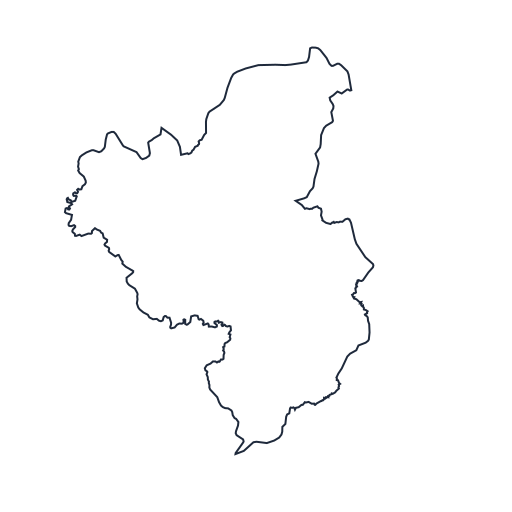 outline of Mae Lao, Chiang Rai, Thailand, rotated 66°
{"feature_id": "78962969B15222639850860", "entity_name": "Mae Lao", "entity_type": "district", "adm_level": 2, "iso_a3": "THA", "parent_name": "Thailand", "parent_adm1": "Chiang Rai", "projection": "albers", "projection_center": [99.739, 19.779], "detail": "fine", "context": "isolated", "style": "outline", "palette": "slate", "viewbox_px": 512, "rotation_deg": 66, "n_neighbors": 0, "source": "geoboundaries", "source_scale": "gbopen_adm2", "svg_char_len": 6127}
<svg xmlns="http://www.w3.org/2000/svg" viewBox="0 0 512 512"><g transform="rotate(66 256 256)"><path d="M428.6,355.3L429.1,346.4L425.1,334.1L425.9,331.1L431.3,322.2L432.0,314.4L431.3,308.7L429.5,305.4L427.2,303.5L422.8,301.4L421.4,297.5L415.1,293.8L413.4,292.0L413.3,289.6L409.1,286.9L408.5,286.0L409.4,284.7L409.5,283.4L410.5,282.8L412.2,282.9L410.9,281.3L411.5,278.5L410.5,275.0L411.0,273.8L409.4,270.8L410.1,270.2L410.7,267.3L413.6,265.2L414.5,262.9L415.8,262.9L416.1,262.4L415.4,260.8L414.9,255.7L415.2,255.1L414.7,254.0L415.1,253.3L414.5,252.1L413.4,251.6L414.3,250.8L413.5,250.0L414.1,249.6L413.7,249.0L414.1,248.3L413.5,247.6L414.2,247.2L413.4,246.8L413.6,245.9L412.8,245.3L413.0,242.9L412.4,242.6L413.1,241.7L412.8,239.2L411.8,237.4L410.8,234.2L409.5,234.1L408.6,233.0L407.2,232.8L407.0,231.2L405.7,231.8L402.9,231.6L402.2,232.7L400.5,231.8L399.8,232.0L396.9,228.6L393.6,223.4L385.0,213.5L383.5,209.8L382.9,202.7L379.4,198.8L379.8,191.1L379.1,188.2L378.2,186.9L372.1,183.4L364.3,180.3L360.8,180.0L357.5,178.9L356.1,179.2L354.5,180.3L353.7,180.3L353.5,177.8L352.7,177.6L351.9,176.5L350.1,177.6L348.7,179.2L347.1,178.5L346.2,178.8L344.9,178.4L345.1,179.4L343.9,179.9L342.7,179.1L342.1,179.9L342.0,179.1L341.4,179.4L340.8,178.6L340.4,180.1L336.3,181.9L334.7,183.8L333.9,183.8L333.5,183.0L332.6,184.0L330.5,184.0L330.5,182.8L329.7,181.7L330.2,180.5L330.0,179.5L325.9,178.4L325.5,177.1L324.5,176.8L324.7,176.1L322.5,176.1L322.3,174.9L321.4,174.9L321.0,173.5L320.2,173.7L319.6,173.1L319.8,171.9L320.8,171.3L321.8,169.7L321.6,168.1L316.7,160.0L313.9,153.8L312.4,152.6L311.0,152.4L301.5,156.6L285.7,159.3L280.8,158.9L264.3,155.7L260.5,155.8L260.3,156.4L259.2,156.9L258.8,159.4L259.9,163.1L258.8,165.3L258.9,166.8L257.8,168.5L257.6,170.9L256.5,171.1L256.8,172.2L256.4,172.6L257.1,174.9L254.2,178.5L250.4,180.9L249.8,180.4L245.3,180.1L242.2,178.0L239.2,177.4L237.4,179.3L235.6,179.7L235.2,183.9L235.7,185.7L235.1,186.6L235.0,187.9L232.9,190.5L232.8,192.1L228.1,193.4L221.7,197.3L222.9,188.6L222.9,185.7L218.7,180.3L217.2,176.7L216.0,175.3L209.4,171.2L203.4,166.0L197.1,161.3L195.1,160.7L186.8,160.1L182.9,153.3L180.1,151.4L172.0,147.3L166.8,141.9L165.5,138.9L164.7,131.9L163.8,130.7L155.2,128.7L152.6,125.4L150.5,124.2L148.4,124.1L144.1,124.9L141.3,124.3L140.6,120.0L138.9,114.7L142.4,111.6L141.0,105.1L141.3,104.2L143.1,102.9L143.3,101.5L127.9,97.6L124.5,97.4L116.4,100.6L114.1,102.0L113.4,103.5L113.6,108.2L113.2,109.4L112.7,109.8L110.3,110.7L103.8,111.0L94.0,113.5L91.5,114.8L89.9,116.8L88.3,120.1L88.3,122.1L95.8,126.6L98.6,129.1L99.5,131.1L95.3,146.4L93.5,151.6L89.2,160.4L82.6,176.2L80.5,189.1L80.0,198.2L80.4,201.6L80.8,203.0L83.2,206.2L90.7,213.6L98.8,220.2L100.4,221.9L103.2,227.6L105.2,239.7L106.1,241.4L110.7,245.7L113.0,247.1L123.3,251.6L124.3,254.1L127.7,258.4L127.4,260.3L128.0,261.8L129.9,262.1L130.7,262.7L131.0,263.9L131.6,264.4L131.5,267.2L133.5,269.9L133.8,271.4L135.2,272.9L135.5,274.3L135.4,276.3L134.3,276.8L133.1,283.3L125.3,281.1L118.4,281.0L110.6,284.3L100.5,290.2L106.1,293.8L106.9,301.5L107.7,304.1L108.0,307.4L108.6,308.4L118.9,311.1L120.9,312.7L121.7,316.6L121.4,320.3L119.6,321.5L112.5,322.9L102.1,332.2L101.1,332.6L87.3,334.5L84.8,335.5L83.9,337.5L83.8,341.4L84.3,342.6L88.5,345.9L94.8,349.7L95.9,351.0L97.4,354.7L97.3,357.2L93.2,361.5L92.6,363.0L92.4,368.8L93.2,374.1L94.0,376.6L97.5,380.0L99.3,380.4L102.0,382.2L104.6,382.5L105.6,383.7L108.5,383.4L113.4,381.0L118.0,381.0L119.7,381.6L120.9,383.1L121.6,386.1L124.0,388.4L123.5,390.2L122.3,391.1L122.8,392.5L125.0,392.5L125.9,393.8L125.6,394.9L124.2,395.5L124.5,397.5L125.7,398.2L126.9,398.1L128.0,395.7L128.6,395.5L132.0,398.7L131.6,402.3L129.7,402.6L128.2,404.1L126.4,404.2L126.5,405.1L127.2,405.9L130.0,406.4L132.5,403.3L134.0,403.0L134.6,406.7L135.3,407.0L136.9,406.6L137.6,407.6L137.1,408.6L135.3,409.1L135.2,410.6L138.2,412.7L139.6,412.1L143.6,407.4L147.7,410.2L149.8,413.7L151.3,414.6L152.2,414.6L153.0,413.8L153.6,412.5L153.8,409.7L155.1,409.0L156.0,409.4L157.3,412.5L158.5,413.7L159.6,413.8L162.0,412.5L163.9,413.1L164.5,412.2L164.8,408.4L166.8,407.3L167.3,400.1L168.6,397.6L168.3,396.6L166.5,395.7L165.1,391.8L167.1,390.6L169.6,388.2L171.6,388.0L173.0,386.9L177.3,387.7L180.6,385.4L182.5,386.4L183.2,388.8L184.0,389.8L185.1,389.7L188.7,387.1L190.0,387.3L191.3,388.5L192.6,388.5L199.2,384.7L198.9,382.0L199.2,381.0L204.8,380.7L206.9,380.1L208.6,381.2L212.9,379.3L219.8,374.3L220.8,374.8L221.4,376.1L223.2,383.1L226.7,384.5L229.1,384.3L231.1,383.6L236.6,379.9L241.3,379.5L242.7,379.7L244.6,381.0L247.4,381.9L250.8,384.1L255.2,384.5L257.4,384.0L261.8,381.8L265.7,378.7L268.7,378.4L271.9,375.8L273.1,372.2L275.7,370.9L276.9,369.4L276.9,367.4L274.2,365.2L273.8,363.6L274.2,362.8L276.3,362.0L277.2,360.1L282.5,360.7L284.2,361.6L286.0,363.3L286.8,363.4L287.6,362.9L288.2,359.4L286.6,356.1L286.5,353.5L287.7,351.2L287.6,349.8L287.0,349.0L284.7,348.2L284.6,347.4L285.5,346.6L289.2,348.3L290.6,347.3L290.7,346.4L289.6,342.9L284.8,339.8L285.3,336.2L286.9,333.7L290.5,334.1L291.1,333.6L291.1,331.9L293.7,330.5L295.5,330.9L296.4,332.2L297.7,332.1L298.0,327.5L299.2,327.1L301.3,327.8L302.5,325.0L304.5,322.5L304.5,320.5L303.2,319.8L300.3,321.2L299.4,320.8L299.2,319.8L299.9,318.6L299.7,316.9L300.2,316.7L301.8,317.1L302.1,315.0L303.1,313.8L304.1,314.1L304.8,315.5L306.3,315.3L306.5,314.7L305.9,312.8L306.5,312.3L307.8,312.0L308.8,310.8L309.0,308.9L310.0,307.9L313.7,309.1L314.9,311.4L316.0,312.6L317.3,311.3L319.5,313.1L320.8,312.9L322.0,313.7L323.1,317.5L323.0,319.5L323.6,320.5L325.9,321.7L325.9,323.1L327.9,323.3L329.0,324.5L330.1,324.0L331.7,324.3L333.2,325.8L336.7,327.5L337.0,328.7L336.3,330.1L337.7,332.2L337.7,332.8L337.0,333.3L337.4,335.0L335.9,335.9L334.8,338.2L335.8,341.3L335.8,345.5L337.7,348.4L339.9,348.7L341.4,347.7L342.2,347.6L344.0,349.3L347.0,349.3L349.3,350.2L351.7,350.1L352.8,350.8L354.9,351.0L357.2,352.1L359.3,352.2L369.2,348.8L374.5,349.2L378.4,348.8L380.5,347.8L382.4,346.1L383.9,343.4L387.1,341.3L388.9,341.2L392.0,342.0L395.4,341.5L396.7,340.4L400.5,339.6L403.6,341.4L407.9,345.5L409.6,346.6L411.8,346.6L418.3,342.4L420.3,342.7L421.0,343.4L427.7,354.7L428.6,355.3Z" fill="none" stroke="#1e293b" stroke-width="2"/></g></svg>